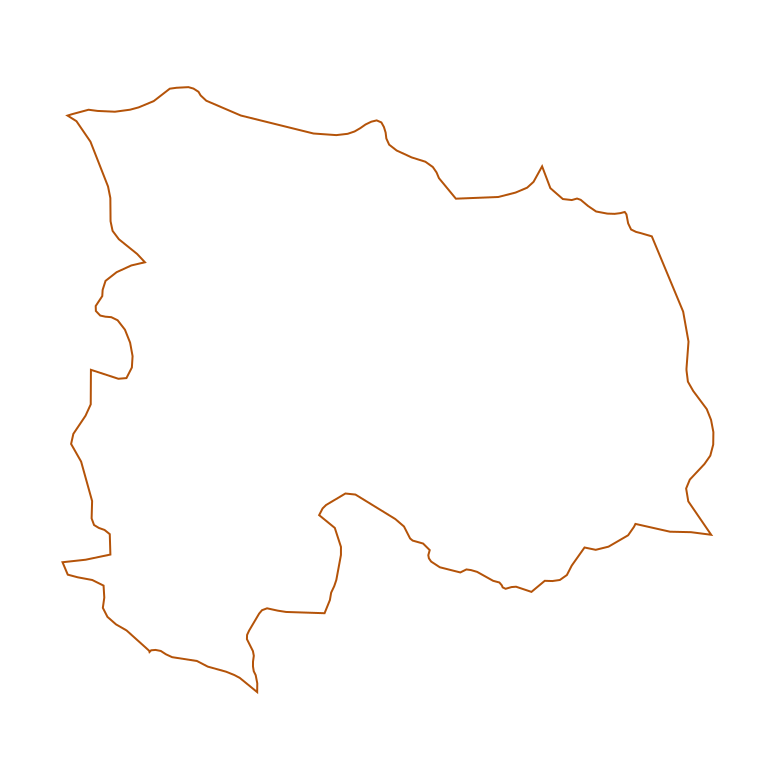 the District of Vila Real, rotated 268°
{"feature_id": "PRT-756", "entity_name": "Vila Real", "entity_type": "District", "adm_level": 1, "iso_a3": "PRT", "parent_name": "Portugal", "parent_adm1": "", "projection": "orthographic", "projection_center": [-7.677, 41.533], "detail": "fine", "context": "isolated", "style": "outline", "palette": "amber", "viewbox_px": 768, "rotation_deg": 268, "n_neighbors": 0, "source": "natural_earth", "source_scale": "10m", "svg_char_len": 2546}
<svg xmlns="http://www.w3.org/2000/svg" viewBox="0 0 768 768"><g transform="rotate(268 384 384)"><path d="M124.4,140.3L125.6,140.0L146.7,118.1L153.1,107.8L160.9,99.5L170.1,95.2L180.3,97.0L192.3,96.7L198.3,85.6L201.5,71.2L204.5,61.3L217.1,56.5L218.8,79.7L223.1,104.6L243.5,104.7L247.9,99.6L250.1,94.0L253.2,89.3L259.9,87.1L277.2,88.2L317.0,78.6L335.0,69.2L345.0,71.8L362.7,84.6L373.9,90.2L408.4,91.6L398.5,118.7L398.9,126.8L409.3,132.6L420.6,133.7L434.2,131.7L447.3,127.0L457.0,120.0L460.3,113.8L461.0,107.9L462.3,102.8L467.0,98.6L472.0,98.6L481.7,105.5L487.9,106.1L496.8,109.3L505.1,120.7L511.3,135.6L514.0,149.3L522.5,141.9L537.9,124.1L546.5,118.1L556.2,116.4L579.4,117.0L591.0,115.1L636.4,99.1L657.4,85.8L663.3,77.1L664.5,81.5L668.4,98.3L666.9,107.3L665.5,124.6L667.0,139.8L669.0,148.4L674.8,163.8L686.6,180.2L687.3,187.1L687.5,198.9L685.9,203.9L682.5,208.8L678.8,210.8L673.3,216.3L657.3,250.3L636.8,322.3L634.4,345.0L635.3,356.4L637.4,363.4L640.5,369.2L644.0,374.6L646.6,380.5L647.7,385.9L645.5,390.5L640.8,392.9L635.2,394.4L629.3,394.9L623.0,397.5L616.9,404.8L609.5,419.5L604.7,433.1L599.1,440.4L593.6,443.9L587.8,446.1L566.7,462.3L566.9,504.7L570.7,522.1L575.2,533.9L580.8,540.5L596.0,549.6L573.9,557.1L562.6,569.2L561.3,578.1L562.6,583.4L561.2,587.0L554.8,594.1L549.0,602.0L546.5,613.1L546.0,620.4L546.5,626.1L547.5,630.6L545.1,632.2L536.0,633.6L529.8,636.3L527.2,641.2L526.0,645.3L522.2,656.8L445.9,685.5L415.7,689.8L388.5,686.8L386.9,686.8L375.7,687.8L366.2,692.8L347.6,705.7L336.7,709.6L324.4,711.5L312.0,710.9L301.0,707.6L292.9,701.5L277.8,686.3L269.0,682.3L256.1,684.0L221.9,705.7L225.2,685.6L226.4,664.7L235.4,630.4L232.6,628.9L224.3,622.7L213.6,602.7L210.9,589.8L213.6,578.7L196.0,565.3L186.7,560.1L182.0,552.9L181.2,545.4L181.7,537.8L171.1,524.1L176.8,508.9L176.6,504.3L175.1,498.4L176.6,495.5L178.7,494.7L181.6,492.4L183.5,486.2L193.0,470.5L195.0,464.4L195.8,459.9L193.0,453.7L198.9,433.4L204.9,424.9L208.2,422.8L211.4,422.3L216.4,423.9L223.2,417.5L226.5,407.2L228.7,404.7L240.9,399.0L248.7,390.5L274.5,351.6L275.9,341.6L265.1,321.9L261.8,318.3L255.2,314.6L241.9,329.8L222.7,335.3L214.6,335.0L189.8,329.5L183.7,327.2L177.3,323.9L170.0,322.4L157.0,316.6L159.6,278.2L161.2,269.9L163.9,259.3L162.2,254.2L158.9,251.2L142.3,240.6L138.0,238.4L133.8,238.1L121.6,243.7L116.9,244.4L111.1,243.4L106.3,243.2L101.5,243.8L97.5,245.6L89.3,246.9L80.5,246.5L95.3,229.6L98.4,224.2L102.0,216.1L107.7,198.0L113.7,187.4L118.4,162.7L121.5,156.6L125.0,151.6L126.2,146.4L126.0,142.0L124.4,140.3Z" fill="none" stroke="#b45309" stroke-width="2"/></g></svg>